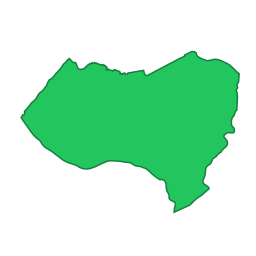 the district of Flóahreppur, Suðurland, Iceland, rotated 94°
{"feature_id": "244011B29431294757890", "entity_name": "Flóahreppur", "entity_type": "district", "adm_level": 2, "iso_a3": "ISL", "parent_name": "Iceland", "parent_adm1": "Suðurland", "projection": "albers", "projection_center": [-20.876, 63.886], "detail": "fine", "context": "isolated", "style": "filled", "palette": "green", "viewbox_px": 256, "rotation_deg": 94, "n_neighbors": 0, "source": "geoboundaries", "source_scale": "gbopen_adm2", "svg_char_len": 5317}
<svg xmlns="http://www.w3.org/2000/svg" viewBox="0 0 256 256"><g transform="rotate(94 128 128)"><path d="M62.8,191.3L63.0,191.7L63.4,192.1L64.3,193.0L65.9,194.1L67.3,195.4L69.2,197.1L69.8,197.4L70.2,197.5L71.8,198.5L72.8,199.1L73.5,199.5L74.7,200.3L76.8,202.0L77.9,203.1L78.5,203.6L79.0,203.9L79.7,204.4L80.2,204.6L80.8,205.0L84.1,207.7L84.3,208.0L84.7,208.7L85.1,209.3L85.3,209.7L85.7,210.0L86.2,210.2L86.6,210.5L89.0,211.5L90.7,212.0L91.7,212.3L92.3,212.8L94.0,214.0L95.7,215.0L97.1,216.2L97.7,216.8L98.3,217.5L98.9,218.3L99.3,218.7L99.6,218.8L100.3,219.4L101.7,220.1L102.3,220.4L103.3,220.9L103.9,221.1L104.7,221.6L105.4,222.0L107.6,223.8L108.2,224.4L108.7,225.1L109.2,225.6L110.8,226.8L112.3,227.6L113.0,228.1L113.8,228.7L115.8,230.2L118.4,232.3L118.9,232.4L120.7,232.2L121.6,232.2L121.8,232.4L122.3,234.0L123.9,234.8L125.1,235.3L128.5,232.7L139.2,223.9L141.5,221.9L143.8,219.3L145.2,217.4L146.1,215.9L146.8,215.0L147.9,214.1L149.5,213.0L151.6,211.1L153.2,209.1L157.0,201.9L158.9,199.1L162.5,193.6L164.3,191.0L165.6,188.1L166.6,185.6L167.3,182.9L168.7,177.6L169.7,175.3L170.7,173.4L171.2,172.0L171.8,169.1L171.8,166.7L171.6,165.1L170.8,162.3L168.7,157.5L166.9,154.5L164.8,150.7L163.2,147.6L162.3,145.4L161.9,143.3L161.8,140.6L161.7,135.5L161.8,133.1L162.3,128.0L162.3,124.9L162.8,122.7L163.5,121.3L164.0,120.4L164.7,119.0L165.3,117.3L165.3,116.2L165.5,114.7L165.5,113.5L165.9,112.0L166.7,109.4L166.9,108.3L167.2,107.5L168.3,105.6L172.0,101.0L173.4,99.1L176.0,95.1L176.5,94.2L177.0,93.1L177.3,92.7L177.4,92.3L177.3,91.9L177.0,91.3L177.0,90.9L177.1,90.2L177.3,89.5L177.7,88.2L178.0,87.9L178.3,87.6L178.9,87.2L181.0,86.2L183.3,85.9L184.7,85.6L186.8,85.3L187.6,85.0L188.8,84.5L189.3,84.0L190.2,83.4L192.1,82.3L192.4,82.3L194.6,82.2L195.5,82.0L196.4,81.4L197.3,79.8L198.0,78.2L198.8,76.3L199.4,75.7L200.3,75.4L201.6,75.4L203.2,75.7L205.5,76.1L208.8,76.1L200.6,61.0L193.7,54.8L191.0,51.3L190.8,50.8L182.8,42.8L181.8,43.4L181.0,44.1L180.3,45.1L179.6,46.4L179.0,47.5L178.2,48.6L177.3,49.2L176.3,49.5L175.3,49.5L174.4,49.4L173.1,49.0L172.0,48.5L170.4,48.0L169.1,47.8L167.6,47.7L164.2,47.7L163.0,47.6L162.0,47.2L161.1,46.8L160.2,46.0L159.4,45.2L158.7,44.2L158.0,43.4L157.4,42.9L156.4,42.5L155.5,42.2L153.1,41.3L152.4,40.9L151.8,40.2L151.0,38.8L150.3,38.1L148.5,36.8L147.2,35.8L145.9,33.9L145.2,33.4L144.3,33.0L143.2,32.2L141.8,31.0L140.8,29.9L139.9,29.1L139.0,28.3L138.1,28.0L137.0,27.7L136.2,27.7L135.2,27.8L134.2,28.2L133.3,28.8L130.4,31.5L130.0,31.8L129.4,31.8L128.8,31.7L128.1,31.2L127.5,30.6L126.9,30.0L126.2,29.1L125.7,28.1L125.6,27.0L125.6,25.7L125.7,24.4L125.6,23.3L125.3,22.4L124.8,21.9L124.1,21.7L123.2,21.7L122.2,21.8L121.3,22.0L120.4,22.5L119.7,23.3L118.7,24.4L118.2,24.8L117.4,25.0L116.3,25.1L114.2,25.3L113.3,25.3L112.3,25.2L111.7,25.1L109.8,24.3L108.3,23.2L107.5,22.9L105.4,22.4L104.4,22.1L103.4,21.6L102.6,20.7L88.6,21.0L88.2,21.3L87.5,21.4L85.8,21.5L85.3,21.6L84.5,21.9L83.0,22.7L82.7,22.8L82.2,22.6L80.9,21.7L79.9,21.5L79.0,21.7L78.3,22.1L77.7,22.3L76.7,22.0L75.5,21.5L74.3,20.9L66.1,20.9L65.2,22.2L64.1,23.7L62.6,25.4L60.4,28.0L59.1,29.7L58.0,31.0L57.2,32.6L56.3,34.5L55.6,36.6L54.8,38.6L53.8,41.7L53.5,43.5L53.4,45.1L53.4,46.4L54.5,50.3L55.0,51.9L55.3,53.2L55.3,54.2L54.8,55.9L54.4,57.3L53.5,60.0L53.1,61.0L52.6,62.0L52.3,62.6L51.6,63.6L51.1,64.2L50.4,64.6L49.9,64.8L49.0,65.0L48.2,65.3L47.3,67.1L47.2,68.6L47.4,70.0L51.4,76.7L52.4,76.4L54.8,80.9L74.5,112.7L73.6,115.0L70.7,116.1L69.4,116.4L73.2,131.9L74.4,132.5L74.5,132.8L74.6,133.1L74.5,133.4L74.5,133.6L74.5,133.8L74.4,134.0L74.2,134.5L74.1,134.8L73.6,134.9L73.3,135.4L73.4,135.5L73.7,135.6L73.9,135.7L73.9,135.8L74.0,136.0L74.0,136.3L74.0,136.6L74.2,136.8L74.0,137.1L74.0,137.3L74.1,137.5L74.5,137.9L74.5,138.0L74.3,138.3L74.3,138.6L74.6,139.3L74.4,139.7L74.2,139.5L73.8,139.4L73.5,139.7L73.2,139.7L72.9,140.0L72.6,140.0L72.3,140.5L71.9,140.9L72.0,141.3L72.0,141.6L72.1,141.9L72.0,142.1L71.9,142.2L71.7,142.5L71.7,142.8L71.5,143.1L71.3,143.4L71.2,143.8L71.2,144.1L71.1,144.3L70.9,144.5L70.8,144.9L71.2,145.0L71.2,145.4L71.3,145.5L71.4,145.9L71.4,146.0L71.1,146.3L71.8,146.7L71.9,146.9L72.2,147.1L72.1,147.3L71.8,148.0L71.8,148.3L71.7,148.8L71.7,149.1L71.5,149.4L71.5,149.6L71.5,149.8L71.6,150.0L71.4,150.3L71.3,150.7L71.0,150.9L71.0,151.1L70.6,151.3L70.8,151.9L71.0,152.0L71.4,152.1L71.5,152.3L71.6,152.7L71.8,152.9L71.8,153.2L71.3,153.4L70.6,153.8L70.4,153.9L70.0,153.8L69.6,153.2L69.1,153.5L68.9,153.4L68.7,153.4L68.4,153.7L68.4,153.8L68.4,154.1L68.3,154.3L68.1,154.6L67.9,154.9L67.6,155.0L67.3,155.4L67.3,155.7L67.4,155.9L67.4,156.0L66.6,156.6L66.6,156.8L66.7,157.0L66.8,157.3L67.0,157.6L67.1,157.8L67.1,158.0L66.8,158.4L66.7,158.6L66.7,158.8L66.9,159.0L66.9,159.5L66.9,159.8L66.8,160.1L66.7,160.3L66.7,160.5L66.5,161.1L66.1,162.1L66.1,162.4L66.1,162.5L66.2,162.9L66.2,163.0L65.6,163.4L65.6,163.5L65.5,163.9L65.5,164.0L65.4,164.2L65.4,164.4L65.7,164.8L65.6,165.1L65.3,165.3L65.2,165.7L65.1,165.8L65.5,166.1L65.7,166.6L65.8,166.6L65.9,166.9L65.9,167.0L65.5,167.5L65.3,167.9L65.2,168.2L65.2,168.3L65.9,168.7L66.1,168.9L66.4,169.1L66.6,169.4L66.6,169.6L66.4,169.8L66.3,170.3L66.6,170.6L66.6,170.9L66.7,171.1L67.0,171.2L67.4,171.1L67.5,171.2L67.8,172.3L72.2,176.4L72.9,179.7L72.4,181.9L66.5,184.7L66.4,184.9L66.3,185.2L66.3,185.4L66.3,185.8L66.5,186.2L66.5,187.1L66.4,187.5L62.8,191.3Z" fill="#22c55e" stroke="#15803d" stroke-width="1.5"/></g></svg>